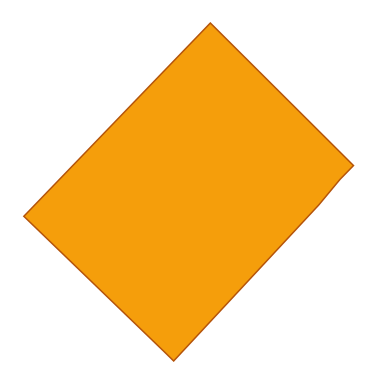 the district of Upton, Texas, United States of America, rotated 224°
{"feature_id": "52423323B39686210449423", "entity_name": "Upton", "entity_type": "district", "adm_level": 2, "iso_a3": "USA", "parent_name": "United States of America", "parent_adm1": "Texas", "projection": "natural_earth1", "projection_center": [-102.169, 31.366], "detail": "fine", "context": "isolated", "style": "filled", "palette": "amber", "viewbox_px": 384, "rotation_deg": 224, "n_neighbors": 0, "source": "geoboundaries", "source_scale": "gbopen_adm2", "svg_char_len": 257}
<svg xmlns="http://www.w3.org/2000/svg" viewBox="0 0 384 384"><g transform="rotate(224 192 192)"><path d="M99.6,57.8L87.8,57.7L91.8,270.7L94.3,304.0L94.2,323.2L296.2,326.3L296.1,57.7L99.6,57.8Z" fill="#f59e0b" stroke="#b45309" stroke-width="1.5"/></g></svg>